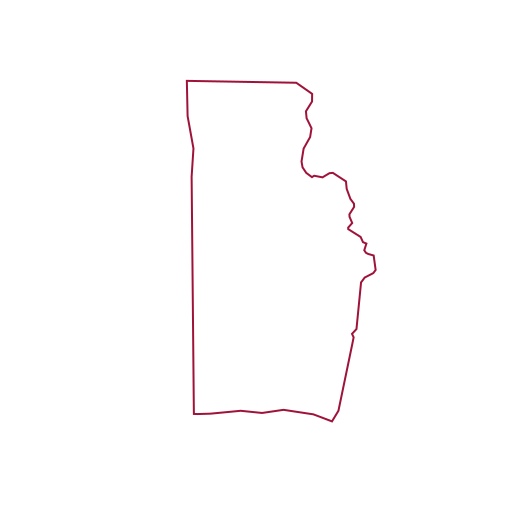 Alaili Dadda, Obock, Djibouti, rotated 125°
{"feature_id": "41766387B98599288227121", "entity_name": "Alaili Dadda", "entity_type": "district", "adm_level": 2, "iso_a3": "DJI", "parent_name": "Djibouti", "parent_adm1": "Obock", "projection": "albers", "projection_center": [42.912, 12.453], "detail": "fine", "context": "isolated", "style": "outline", "palette": "rose", "viewbox_px": 512, "rotation_deg": 125, "n_neighbors": 0, "source": "geoboundaries", "source_scale": "gbopen_adm2", "svg_char_len": 881}
<svg xmlns="http://www.w3.org/2000/svg" viewBox="0 0 512 512"><g transform="rotate(125 256 256)"><path d="M421.0,216.3L418.9,213.1L411.3,202.9L398.1,187.4L391.6,179.8L381.1,161.0L366.2,145.2L355.2,123.0L352.8,118.2L347.9,98.9L335.5,99.7L272.7,126.7L266.6,129.4L264.7,132.7L258.2,131.8L218.6,154.1L217.4,154.8L211.3,154.6L202.7,150.1L198.8,150.0L188.1,159.9L190.0,165.3L190.3,167.8L189.2,170.6L182.5,172.7L183.3,176.3L180.4,181.2L181.1,195.8L179.9,196.8L173.8,196.1L170.3,201.8L168.3,203.4L159.5,203.8L157.0,205.7L155.1,211.4L149.0,220.2L143.3,225.1L143.8,240.7L146.0,243.3L151.3,245.7L153.4,246.6L156.9,254.4L159.3,255.4L159.1,262.5L156.7,268.7L152.5,272.9L140.7,278.6L127.5,279.9L119.5,283.8L114.9,292.1L114.2,293.5L108.8,298.1L97.3,298.7L91.0,303.0L91.0,322.4L152.2,413.1L180.6,392.3L203.8,368.9L228.0,354.2L421.0,216.3Z" fill="none" stroke="#9f1239" stroke-width="2"/></g></svg>